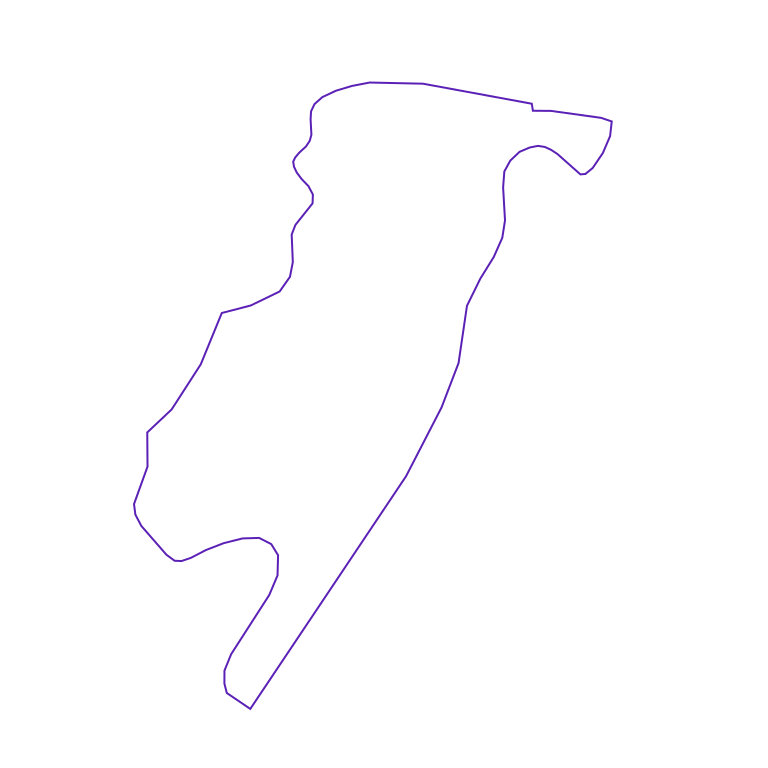 map outline of Ninh Bình (Robinson projection), rotated 261°
{"feature_id": "VNM-466", "entity_name": "Ninh Bình", "entity_type": "Province", "adm_level": 1, "iso_a3": "VNM", "parent_name": "Vietnam", "parent_adm1": "", "projection": "robinson", "projection_center": [105.947, 20.203], "detail": "fine", "context": "isolated", "style": "outline", "palette": "violet", "viewbox_px": 768, "rotation_deg": 261, "n_neighbors": 0, "source": "natural_earth", "source_scale": "10m", "svg_char_len": 1125}
<svg xmlns="http://www.w3.org/2000/svg" viewBox="0 0 768 768"><g transform="rotate(261 384 384)"><path d="M637.7,573.8L630.6,573.8L627.6,591.7L612.9,640.1L607.7,650.0L593.5,646.1L577.9,636.3L564.7,623.9L559.9,615.7L560.0,615.3L560.3,610.8L584.0,591.3L589.2,585.6L593.0,579.9L595.1,573.3L594.8,565.0L592.1,554.2L584.9,543.7L575.1,536.1L559.5,532.4L526.6,529.1L509.9,523.7L492.3,512.3L473.1,495.7L448.3,478.2L393.0,460.9L351.9,437.2L289.5,391.4L84.0,201.1L103.4,180.4L113.1,179.5L125.9,181.6L141.1,190.8L193.6,237.7L211.6,248.9L231.5,252.6L243.5,247.6L251.5,236.6L253.6,220.2L251.9,200.9L247.9,182.3L242.5,166.1L240.8,156.3L242.2,149.5L249.4,142.4L281.8,122.1L293.9,118.0L304.5,118.3L339.4,137.5L373.2,142.6L392.1,170.3L432.1,206.1L479.5,234.9L482.4,264.7L491.7,295.4L504.6,307.9L518.6,313.0L546.1,316.2L555.0,321.4L573.6,341.7L582.3,343.4L591.3,340.3L599.3,334.7L606.5,330.9L612.7,329.1L617.8,329.1L621.5,331.6L625.7,336.4L630.8,344.1L635.8,348.7L641.6,351.3L656.9,352.9L664.7,354.6L671.4,359.2L677.0,368.0L681.2,382.5L683.4,398.9L684.0,417.0L674.5,469.5L637.7,573.8Z" fill="none" stroke="#5b21b6" stroke-width="2"/></g></svg>